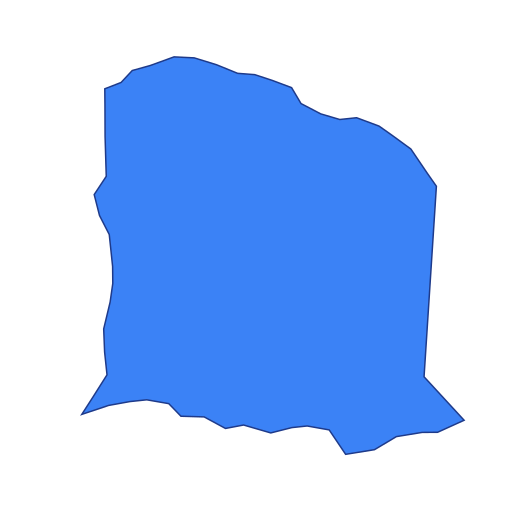 Sysklipos, Cyprus, rotated 84°
{"feature_id": "46923920B59852999590656", "entity_name": "Sysklipos", "entity_type": "district", "adm_level": 2, "iso_a3": "CYP", "parent_name": "Cyprus", "parent_adm1": "", "projection": "orthographic", "projection_center": [33.179, 35.296], "detail": "fine", "context": "isolated", "style": "filled", "palette": "blue", "viewbox_px": 512, "rotation_deg": 84, "n_neighbors": 0, "source": "geoboundaries", "source_scale": "gbopen_adm2", "svg_char_len": 813}
<svg xmlns="http://www.w3.org/2000/svg" viewBox="0 0 512 512"><g transform="rotate(84 256 256)"><path d="M395.3,445.8L389.2,418.2L387.6,396.6L387.6,379.7L393.7,358.2L407.5,347.4L410.6,324.4L424.3,304.4L422.8,286.0L433.5,259.8L430.4,238.3L430.4,222.9L436.6,201.4L462.6,187.6L461.0,158.4L450.3,135.3L448.8,109.2L450.3,93.8L441.1,66.2L393.7,101.5L205.5,69.3L191.8,76.9L165.8,90.8L150.5,107.7L139.7,120.0L129.0,141.5L129.0,158.4L121.4,176.8L109.1,195.3L92.3,203.0L83.1,221.4L75.5,238.3L72.4,255.2L61.7,275.2L52.5,296.7L49.4,316.7L55.5,341.3L58.6,359.7L69.3,372.0L73.9,388.9L90.7,390.5L121.3,393.6L161.1,396.6L178.0,410.5L199.4,407.4L219.3,399.7L236.1,399.7L251.4,399.7L268.3,401.3L286.6,405.9L312.6,415.1L335.6,416.6L358.6,416.6L380.0,433.5L395.3,445.8Z" fill="#3b82f6" stroke="#1e3a8a" stroke-width="1.5"/></g></svg>